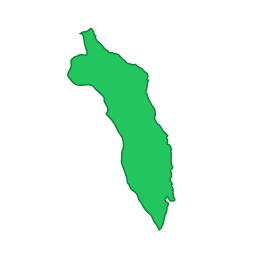 the border of Amazonas, rotated 159°
{"feature_id": "PER-584", "entity_name": "Amazonas", "entity_type": "Department", "adm_level": 1, "iso_a3": "PER", "parent_name": "Peru", "parent_adm1": "", "projection": "robinson", "projection_center": [-78.131, -4.99], "detail": "fine", "context": "isolated", "style": "filled", "palette": "green", "viewbox_px": 256, "rotation_deg": 159, "n_neighbors": 0, "source": "natural_earth", "source_scale": "10m", "svg_char_len": 3764}
<svg xmlns="http://www.w3.org/2000/svg" viewBox="0 0 256 256"><g transform="rotate(159 128 128)"><path d="M116.1,50.1L116.7,49.7L117.5,49.0L118.3,48.8L119.0,48.5L119.4,47.4L119.3,46.0L118.8,45.2L118.0,44.6L117.5,43.7L117.5,42.5L118.0,41.8L119.7,40.3L120.3,39.4L121.7,36.3L122.4,35.5L124.6,33.4L129.3,26.3L132.7,22.9L133.6,22.4L135.4,21.7L136.1,27.4L137.2,31.5L137.3,32.5L137.5,36.9L137.6,37.8L137.8,38.5L140.1,43.0L141.4,46.6L141.9,48.6L142.5,53.4L143.4,56.6L143.5,57.4L143.5,58.1L143.3,59.4L143.3,61.1L143.4,62.5L143.6,63.6L143.8,64.3L144.0,64.8L146.0,68.0L146.4,68.7L146.8,70.0L147.0,70.8L147.4,74.2L147.7,75.7L148.0,76.3L148.2,77.1L148.1,77.7L147.5,79.2L147.1,81.2L146.6,90.4L146.7,93.7L146.5,97.4L146.1,99.0L145.8,100.0L144.7,102.1L143.3,105.8L142.1,108.1L141.8,108.5L141.2,109.2L140.3,110.2L139.4,111.5L138.6,112.9L137.5,116.1L137.1,117.9L136.9,120.6L137.0,122.0L137.1,123.0L137.3,123.9L137.8,125.4L138.3,128.0L139.0,135.5L140.0,140.5L143.3,148.7L141.5,150.4L140.2,152.6L139.9,153.5L139.8,154.2L139.8,154.9L140.5,160.0L140.5,160.9L140.5,162.0L140.2,162.8L139.4,164.3L139.8,166.5L144.2,175.7L145.4,179.0L146.6,180.8L147.3,181.5L148.6,182.3L150.4,182.9L156.4,184.7L158.8,185.8L160.3,186.7L161.1,187.4L162.1,188.7L163.3,190.9L163.8,192.2L164.1,193.3L165.3,197.3L165.3,198.9L164.2,200.7L160.1,204.6L159.2,205.7L158.6,206.5L158.3,207.3L157.9,209.0L157.6,209.9L157.0,211.3L156.2,212.1L155.3,212.6L152.2,213.5L151.4,213.5L150.1,213.3L149.2,213.3L146.7,213.6L145.9,213.5L145.1,213.3L144.4,212.9L143.1,212.0L141.8,211.3L140.9,211.1L139.7,211.9L139.4,212.5L139.0,213.4L138.7,215.1L138.7,218.2L138.2,223.3L136.9,227.9L136.7,229.5L136.8,230.7L137.0,231.5L137.4,232.2L137.8,232.7L138.5,233.3L135.9,233.7L134.9,233.6L133.4,233.1L132.4,232.9L131.6,232.9L130.9,233.1L129.9,233.5L127.9,234.0L127.0,234.3L126.4,233.7L126.3,233.1L126.1,231.8L125.6,230.4L125.7,229.2L126.0,228.1L126.1,227.1L125.9,226.7L125.3,226.0L125.1,225.7L125.3,225.2L125.6,224.9L125.9,224.8L126.1,224.5L126.0,222.1L125.8,221.0L125.5,220.0L122.9,215.2L121.0,209.5L120.5,208.6L119.2,207.3L119.2,207.0L118.7,205.6L118.5,205.2L117.8,204.7L115.6,203.8L114.2,202.4L111.6,200.9L110.4,199.5L108.5,194.9L106.9,192.0L106.2,189.9L105.8,189.0L104.5,188.0L102.4,186.6L101.4,185.4L100.8,185.1L100.5,185.0L99.9,185.1L99.5,185.0L98.9,184.9L98.2,184.5L97.9,184.2L97.7,183.9L97.6,183.7L97.4,182.8L97.3,182.6L97.1,182.1L94.0,178.6L93.6,178.0L92.9,176.0L92.6,175.5L92.3,174.8L92.1,174.4L91.1,173.1L90.8,172.3L90.7,170.7L90.7,170.0L91.0,169.0L91.2,168.6L91.3,168.4L91.5,168.2L92.1,167.8L92.3,167.7L92.9,166.7L93.0,166.3L92.9,166.1L92.7,165.9L92.1,165.7L91.9,165.4L91.9,165.0L92.0,164.7L92.8,164.3L92.9,164.1L93.1,163.8L94.2,161.9L94.3,161.8L96.6,157.8L96.8,157.5L97.1,157.3L97.9,156.3L98.3,155.4L98.5,154.9L98.5,154.6L98.4,154.0L98.2,153.6L98.2,152.7L98.5,148.0L97.8,142.6L97.6,140.8L96.7,138.1L96.5,137.2L96.5,136.3L96.5,135.3L96.8,134.0L97.9,130.1L98.2,129.6L99.0,129.0L99.4,128.4L99.7,127.4L99.8,126.7L99.8,125.8L99.5,123.0L99.3,122.3L98.7,120.9L97.6,119.2L97.0,117.1L96.2,112.4L94.3,108.5L93.7,106.7L95.0,105.8L95.4,104.9L95.5,103.9L95.4,102.9L95.5,101.9L96.2,100.7L96.9,99.7L97.1,98.8L96.0,98.1L95.4,97.1L95.0,95.1L95.0,93.1L95.3,92.0L96.2,91.2L96.6,90.2L97.0,87.9L99.9,81.2L100.4,78.9L100.3,75.8L100.5,74.9L101.0,74.3L101.5,74.2L102.1,74.1L102.7,73.9L103.3,73.5L103.5,73.3L103.5,72.9L104.0,69.1L104.3,68.1L104.8,67.0L105.1,66.8L105.6,66.5L106.0,66.2L107.1,65.0L107.4,64.0L106.8,60.6L106.8,59.9L106.9,59.6L107.1,59.6L107.7,59.4L108.0,59.1L108.0,58.6L107.9,57.6L107.8,55.7L107.9,54.6L108.2,53.6L109.1,51.5L109.2,51.2L109.8,49.1L110.1,46.8L110.2,46.2L109.9,45.2L109.8,44.9L110.3,43.9L111.1,43.6L112.1,43.8L114.1,44.4L114.7,44.9L115.0,45.7L115.7,49.1L116.1,50.1Z" fill="#22c55e" stroke="#15803d" stroke-width="1.5"/></g></svg>